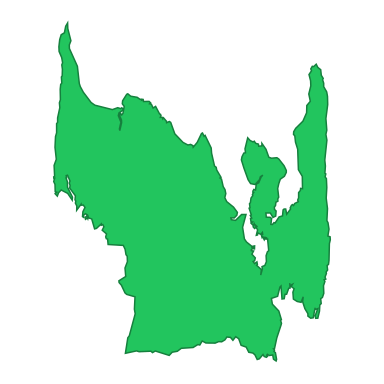 Micheweni, Kaskazini-Pemba, United Republic of Tanzania (Equal Earth projection)
{"feature_id": "72390352B10041948883658", "entity_name": "Micheweni", "entity_type": "district", "adm_level": 2, "iso_a3": "TZA", "parent_name": "United Republic of Tanzania", "parent_adm1": "Kaskazini-Pemba", "projection": "equal_earth", "projection_center": [39.804, -4.957], "detail": "fine", "context": "isolated", "style": "filled", "palette": "green", "viewbox_px": 384, "rotation_deg": 0, "n_neighbors": 0, "source": "geoboundaries", "source_scale": "gbopen_adm2", "svg_char_len": 5982}
<svg xmlns="http://www.w3.org/2000/svg" viewBox="0 0 384 384"><path d="M269.2,355.5L272.7,355.0L273.5,359.2L276.1,361.0L276.6,359.4L275.4,352.6L274.0,351.5L274.5,350.2L273.5,348.8L274.5,348.6L276.8,337.9L281.0,325.2L281.5,323.3L280.5,320.2L281.4,319.7L278.8,311.0L272.4,304.2L271.4,298.4L277.6,296.3L279.9,287.1L281.0,286.0L282.0,299.0L284.2,298.7L285.0,294.3L286.6,294.2L288.7,288.3L290.1,288.0L289.7,283.1L289.9,285.6L292.5,284.3L291.2,286.5L294.1,288.7L292.9,292.2L293.4,299.1L297.2,301.5L301.1,302.3L303.2,296.8L302.6,301.6L304.9,308.7L307.9,313.7L307.9,316.1L310.7,318.2L313.2,317.8L315.1,307.8L315.3,309.5L317.8,308.6L315.1,315.9L315.7,318.3L317.8,318.2L319.5,311.1L319.8,305.0L321.2,303.6L320.7,298.6L322.4,297.5L323.8,293.3L323.5,285.7L324.9,281.5L324.1,279.7L325.8,279.1L325.0,277.1L326.4,273.5L326.1,272.1L327.6,270.0L327.1,265.5L328.5,264.4L329.0,260.4L329.4,243.6L330.3,239.8L330.1,236.8L327.9,236.0L329.0,229.1L328.0,222.7L326.9,220.6L327.5,208.6L326.2,198.1L326.8,187.5L326.4,178.6L325.1,176.9L325.8,173.9L324.9,173.2L325.4,166.0L324.8,160.1L326.9,140.1L325.9,134.3L326.8,130.2L325.9,118.5L327.7,104.6L327.5,96.4L326.7,91.9L323.7,86.7L323.7,83.2L322.6,79.8L323.2,78.4L321.3,75.3L320.7,69.7L317.8,67.4L316.2,64.2L313.7,66.6L312.3,66.3L310.8,68.9L311.5,70.8L309.0,74.5L310.6,80.9L310.8,85.9L308.8,94.0L310.3,101.3L306.8,105.5L306.6,112.8L302.9,121.2L295.7,128.3L293.7,131.7L293.5,134.4L294.8,135.9L295.5,142.2L297.7,149.3L298.4,169.7L302.3,176.4L302.5,188.7L300.6,188.4L300.4,190.4L298.6,192.6L298.6,197.8L297.7,200.1L298.3,201.7L294.7,203.5L293.5,205.5L292.4,204.6L291.4,205.4L290.2,207.9L290.6,209.0L286.7,214.2L285.7,209.0L284.1,209.0L283.1,209.9L282.5,215.9L279.1,216.9L275.1,223.0L274.0,222.6L272.4,224.5L270.9,224.4L271.6,218.5L270.1,217.3L266.3,217.2L265.9,213.0L270.3,213.0L273.0,217.4L275.7,216.1L276.1,211.0L274.5,209.4L274.4,206.9L275.5,205.7L275.9,202.2L277.9,201.2L277.8,198.8L278.7,197.2L277.7,188.5L278.8,183.6L280.3,179.2L284.4,176.3L286.3,172.4L286.3,170.4L284.1,165.8L278.8,159.0L276.9,157.7L271.4,158.2L268.8,157.2L266.0,149.3L261.9,143.4L261.9,145.9L258.7,146.2L258.4,144.1L255.6,143.3L254.3,141.2L253.0,141.9L250.1,140.5L247.7,137.8L245.0,148.8L245.5,152.8L243.8,153.1L242.0,156.7L241.4,159.9L243.9,168.0L248.1,179.7L250.6,183.6L255.1,184.5L259.4,179.8L260.4,176.7L262.8,175.1L261.1,177.1L258.7,182.8L256.3,184.1L255.5,190.0L253.9,189.4L252.9,191.1L252.9,192.6L253.6,192.6L252.4,194.6L252.8,195.6L251.0,198.1L250.4,202.6L249.5,203.7L250.0,207.8L249.1,208.2L251.3,214.9L250.3,215.4L251.7,218.1L250.5,218.5L251.0,221.7L252.6,222.0L251.0,223.1L253.1,225.4L254.2,223.7L254.5,224.6L253.1,226.8L254.6,228.5L255.8,227.6L255.8,225.4L257.0,226.4L256.2,227.6L257.6,229.8L256.3,235.3L257.5,235.0L257.8,232.9L260.7,234.3L262.4,232.4L262.7,234.4L261.4,235.2L262.1,237.6L262.8,236.9L263.9,239.1L264.4,236.7L264.7,238.8L265.3,237.4L266.5,237.8L266.2,239.1L267.6,239.0L268.7,250.7L267.4,251.8L266.1,255.7L266.4,261.7L264.8,265.5L262.0,266.6L262.4,268.9L260.7,275.1L261.4,269.6L256.6,265.3L257.4,264.5L256.9,261.9L254.6,263.6L253.1,261.5L254.6,260.8L255.3,257.9L251.9,254.2L253.6,251.0L251.3,250.7L251.3,249.8L252.6,248.6L254.5,248.9L254.6,245.9L253.0,246.2L253.7,248.4L251.9,247.6L251.7,246.2L246.5,242.0L244.4,238.9L242.6,227.3L246.0,214.5L241.6,214.5L235.5,220.4L231.3,219.7L230.9,217.9L234.3,217.9L236.8,215.3L237.4,212.4L233.5,207.1L226.7,201.6L224.8,197.6L225.8,193.6L225.0,189.6L223.2,186.6L221.5,179.1L220.0,178.0L221.0,177.3L216.7,170.0L216.2,167.3L214.5,166.0L211.6,153.2L211.2,148.0L205.1,135.4L204.1,136.3L202.5,133.0L201.5,133.5L197.2,142.4L193.2,147.2L192.9,145.6L190.6,144.4L187.9,145.0L183.0,142.4L174.8,133.8L170.7,122.4L169.4,121.5L166.6,122.7L166.5,121.3L163.5,117.8L162.8,118.8L162.4,117.4L160.3,117.4L161.0,115.7L160.5,114.3L159.6,114.0L155.6,106.4L153.1,108.0L151.4,104.3L149.6,103.8L150.6,102.9L149.1,101.4L143.5,101.5L143.2,99.6L141.6,100.2L141.8,99.2L140.0,99.3L137.2,97.3L130.7,96.2L127.8,93.8L126.7,94.3L122.6,100.8L122.3,103.8L124.2,106.4L123.0,113.3L121.7,115.0L120.7,114.7L120.8,112.9L119.4,115.2L121.5,120.1L121.6,122.7L119.8,130.6L119.4,128.9L120.9,122.2L118.3,115.6L119.0,112.9L122.7,110.3L123.0,108.9L121.8,107.8L120.7,108.6L117.7,107.7L112.4,109.6L94.9,105.2L91.1,102.5L83.3,92.2L80.3,86.6L79.3,83.5L77.4,66.3L69.4,48.5L69.3,45.0L70.9,40.8L67.8,28.6L67.6,23.0L65.7,26.2L64.4,32.8L61.2,34.7L59.7,39.6L58.9,46.7L59.1,51.5L61.7,57.6L62.6,62.8L61.8,64.9L62.4,69.3L62.2,75.8L61.4,77.0L61.8,83.1L60.7,84.4L60.2,89.3L60.4,99.7L59.4,102.8L59.8,107.7L57.6,117.9L57.6,122.4L56.6,123.6L56.6,132.8L55.5,136.6L55.0,147.3L56.3,159.3L54.1,165.4L54.6,176.2L53.7,176.9L53.9,178.5L54.7,178.3L53.7,181.5L55.0,184.4L55.2,191.7L56.7,192.2L55.1,193.7L57.3,196.1L58.6,192.7L61.2,190.0L67.7,193.4L72.2,200.1L72.5,197.2L67.5,187.3L67.4,181.7L66.0,178.0L66.6,177.8L66.2,175.6L67.5,175.2L70.0,181.0L69.3,183.0L70.1,185.6L69.7,188.0L75.4,195.8L75.0,199.8L75.8,201.0L75.4,203.1L76.8,206.0L76.7,210.2L81.1,204.2L81.2,205.2L83.3,205.1L85.0,207.4L82.9,211.7L82.5,216.6L83.4,217.2L83.5,215.3L85.5,213.7L87.1,214.7L86.6,216.6L85.0,217.2L85.5,219.3L87.4,218.0L87.8,218.8L88.2,216.7L88.7,218.0L91.7,218.9L94.6,228.9L96.5,228.4L101.3,223.9L101.4,225.2L102.8,224.6L103.9,226.8L102.2,230.2L106.5,233.9L105.7,236.9L106.3,238.7L107.6,239.1L108.1,244.5L123.3,245.4L125.1,249.3L126.0,254.7L127.2,256.2L127.4,261.7L125.0,268.0L125.7,276.5L118.9,280.8L119.1,282.6L121.4,285.2L125.0,292.9L126.7,294.4L135.0,296.8L134.4,309.2L135.2,313.8L129.3,335.8L127.8,337.8L125.4,353.3L136.5,350.9L139.1,351.7L150.9,351.2L152.5,352.6L155.3,351.0L169.2,355.4L172.2,352.2L177.3,351.3L181.3,348.3L193.1,347.5L197.8,344.6L199.8,345.0L202.2,341.0L205.9,343.0L215.2,343.1L218.7,341.6L221.7,341.8L224.9,339.9L226.9,337.0L230.5,337.4L232.9,340.3L235.7,336.7L238.7,338.7L241.1,345.3L246.2,347.1L248.8,352.3L252.8,353.0L254.9,354.8L257.2,359.5L259.4,358.8L263.0,354.5L264.2,356.5L266.4,357.3L267.5,356.3L266.7,355.3L267.3,354.3L269.2,355.5Z" fill="#22c55e" stroke="#15803d" stroke-width="1.5"/></svg>